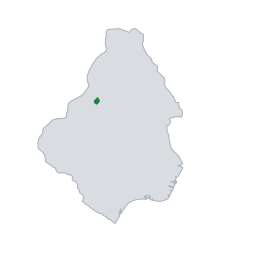 location of Gaya, Kano, Nigeria, rotated 302°
{"feature_id": "59680162B19536521240899", "entity_name": "Gaya", "entity_type": "district", "adm_level": 2, "iso_a3": "NGA", "parent_name": "Nigeria", "parent_adm1": "Kano", "projection": "albers", "projection_center": [8.975, 11.819], "detail": "fine", "context": "in_parent", "style": "filled", "palette": "green", "viewbox_px": 256, "rotation_deg": 302, "n_neighbors": 0, "source": "geoboundaries", "source_scale": "gbopen_adm2", "svg_char_len": 4626}
<svg xmlns="http://www.w3.org/2000/svg" viewBox="0 0 256 256"><g transform="rotate(302 128 128)"><path d="M200.8,58.7L207.6,67.9L209.1,74.8L209.7,78.2L210.8,78.6L212.9,78.8L214.4,79.4L215.4,80.6L216.0,81.6L216.1,82.2L215.7,86.4L215.2,87.9L215.6,90.0L215.5,90.9L215.3,91.5L214.4,92.2L213.1,92.9L210.1,94.9L209.2,95.2L208.0,95.3L206.9,95.8L205.6,96.9L202.8,101.0L200.5,105.0L198.8,111.5L196.7,113.6L196.4,115.4L196.1,119.4L195.8,120.6L195.4,121.0L193.1,121.8L191.8,122.7L191.1,124.6L190.1,130.8L189.8,131.9L189.0,132.9L187.9,134.1L186.9,134.8L184.2,135.3L181.8,140.0L181.7,140.8L180.7,145.0L178.8,148.3L178.6,150.3L176.2,153.2L175.0,155.1L176.3,157.1L176.4,157.4L172.3,160.8L172.0,161.3L171.9,163.7L171.5,164.3L170.8,165.2L169.7,166.1L168.5,166.9L167.2,167.4L166.0,167.6L165.3,167.3L164.9,166.6L164.1,163.7L163.8,163.1L163.0,162.6L159.7,159.4L157.7,158.3L157.3,158.4L157.0,158.7L156.5,160.3L155.9,160.9L154.9,161.1L153.1,161.1L151.8,160.9L151.5,160.6L150.9,159.4L146.9,162.3L145.5,162.9L143.7,166.3L141.2,168.0L139.4,169.5L134.7,174.1L133.8,175.5L132.9,177.5L130.9,186.2L127.6,191.6L127.2,192.7L126.6,193.2L125.3,192.9L124.7,191.9L124.0,191.7L122.6,190.2L122.3,190.5L123.8,194.2L123.2,195.7L119.2,195.7L115.8,196.2L113.5,196.1L112.3,195.6L111.8,194.2L111.6,194.3L111.5,195.1L110.7,195.6L108.1,195.7L106.9,194.8L106.0,193.7L105.0,193.2L105.1,193.7L106.3,194.7L106.1,196.2L104.0,197.9L102.6,198.0L101.8,197.3L101.4,196.1L101.2,194.2L100.6,193.1L100.3,193.1L100.7,195.0L100.7,196.9L101.7,198.3L100.1,198.7L98.3,198.7L98.0,198.2L97.8,197.0L97.5,196.7L97.1,198.7L93.2,199.2L92.7,199.2L92.6,198.8L92.9,198.2L92.8,197.3L92.0,198.0L91.8,199.4L91.3,199.6L89.9,199.4L88.3,198.7L85.7,196.9L82.6,194.0L82.1,192.7L81.2,191.2L79.6,186.8L79.9,186.6L80.7,186.9L81.0,186.5L79.7,186.2L79.4,185.9L79.4,184.9L79.4,183.7L81.4,183.2L81.9,182.5L82.2,181.7L79.7,182.8L77.4,181.5L77.0,180.8L77.2,180.2L79.9,180.2L80.8,179.7L80.2,179.5L79.2,179.5L78.9,179.1L78.9,178.2L78.6,178.4L78.1,179.2L76.6,179.8L75.7,179.2L75.6,177.9L75.4,177.3L74.7,176.8L72.0,173.4L68.6,170.5L65.7,168.5L61.1,167.5L51.6,167.4L51.0,167.1L51.6,166.6L52.5,166.4L55.6,164.8L55.1,164.6L51.9,165.5L50.8,165.6L49.3,167.5L39.9,167.7L40.0,166.8L40.4,164.3L41.1,162.6L40.5,160.5L40.4,158.6L40.8,158.0L40.9,157.3L40.9,152.4L41.4,151.7L41.5,151.2L40.5,149.1L40.6,147.5L40.4,146.0L40.1,145.3L40.6,139.3L40.5,137.9L40.9,136.8L41.1,134.3L41.1,131.7L41.8,127.8L45.8,127.3L46.8,125.8L47.4,123.8L47.3,121.9L48.6,120.2L50.2,118.7L50.2,117.1L50.6,116.6L51.4,116.2L52.4,116.0L53.6,115.2L54.3,113.8L55.0,111.4L54.0,109.8L54.1,109.5L54.5,108.6L55.1,107.7L55.6,107.5L56.7,107.7L57.1,107.4L57.9,104.8L57.9,104.1L56.8,102.4L56.3,97.7L56.0,97.1L55.2,96.3L53.1,92.9L53.1,91.4L54.1,89.4L54.7,88.5L55.6,88.0L55.8,87.5L55.5,86.9L55.1,86.5L55.0,85.6L55.5,84.4L55.4,83.0L55.7,76.0L57.5,74.7L60.2,72.4L61.5,70.1L62.3,68.3L63.3,62.3L64.6,61.7L67.3,59.5L70.8,58.3L73.1,57.9L77.2,58.3L79.2,58.1L81.0,56.9L81.8,56.6L82.9,56.4L92.9,59.6L93.8,59.5L94.6,59.7L95.8,60.6L98.8,63.5L101.9,68.0L102.8,69.0L103.8,69.5L104.8,69.7L105.5,69.6L106.2,69.2L107.2,68.4L108.7,68.0L109.9,68.1L116.2,64.7L116.8,64.6L120.7,65.4L125.9,68.8L130.2,71.1L133.2,71.9L136.8,72.4L142.8,72.6L147.4,67.7L149.0,66.6L151.1,65.7L155.3,64.8L162.3,64.1L168.9,64.3L173.0,65.1L177.4,66.6L179.2,68.1L182.2,68.4L184.3,68.0L184.9,66.5L187.0,64.5L190.1,62.6L192.7,61.3L194.8,60.7L196.7,59.2L198.2,58.7L200.8,58.7ZM108.3,197.7L106.8,198.1L105.9,198.0L107.2,196.0L107.9,196.5L108.7,196.6L108.3,197.7Z" fill="#d9dde1" stroke="#a8b0b8" stroke-width="1"/><path d="M132.4,85.9L132.3,86.1L132.5,86.1L132.5,86.3L132.4,86.4L132.5,86.4L132.8,86.4L133.0,86.4L133.1,86.5L133.1,86.9L133.0,87.0L132.9,87.0L132.9,86.9L132.7,86.9L132.7,87.0L132.7,87.3L132.8,87.4L132.6,87.4L132.4,87.3L132.4,87.5L132.2,87.6L132.1,87.8L132.3,87.9L132.2,87.9L132.2,88.0L132.3,88.0L132.2,88.1L132.3,88.1L132.4,88.3L132.4,88.5L132.4,88.8L132.5,88.8L132.8,88.8L132.8,88.7L132.9,88.8L133.1,88.8L133.3,88.9L133.5,88.7L133.8,88.6L134.0,88.7L134.2,88.8L134.1,89.0L134.4,89.3L134.6,89.3L134.8,89.2L135.0,89.0L135.7,89.0L136.1,88.9L136.1,88.6L136.1,88.4L135.9,88.3L136.0,88.2L135.9,88.1L135.9,87.9L135.9,87.4L136.1,87.2L136.4,87.2L136.6,87.2L136.7,86.9L136.8,86.7L137.0,86.6L136.9,86.5L137.1,86.4L137.2,86.2L136.8,86.1L136.5,86.2L136.3,86.4L136.2,86.5L136.1,86.8L136.1,87.0L135.9,87.1L135.7,87.1L135.2,87.0L134.9,87.1L135.0,87.0L135.1,86.7L135.2,86.4L135.3,86.3L135.3,86.2L135.2,86.1L134.8,86.0L134.8,85.9L134.6,86.0L134.5,85.9L134.4,86.0L134.4,85.9L134.2,85.7L133.9,85.7L133.6,85.6L133.4,85.6L133.2,85.5L132.8,85.7L132.7,85.8L132.4,85.9Z" fill="#22c55e" stroke="#15803d" stroke-width="1.5"/></g></svg>